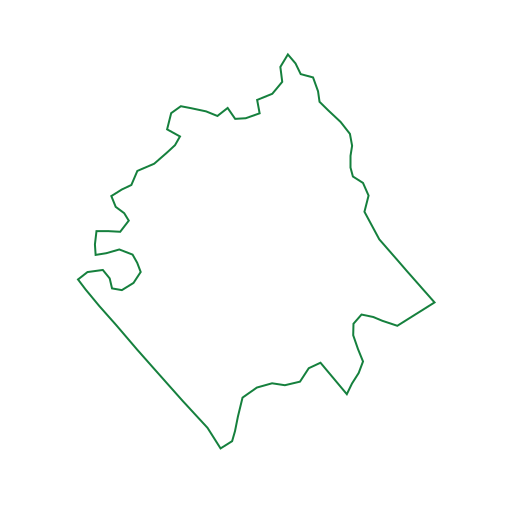 Irati, Santa Catarina, Brazil (Mercator projection), rotated 52°
{"feature_id": "56859067B4292176100261", "entity_name": "Irati", "entity_type": "district", "adm_level": 2, "iso_a3": "BRA", "parent_name": "Brazil", "parent_adm1": "Santa Catarina", "projection": "mercator", "projection_center": [-52.897, -26.627], "detail": "fine", "context": "isolated", "style": "outline", "palette": "green", "viewbox_px": 512, "rotation_deg": 52, "n_neighbors": 0, "source": "geoboundaries", "source_scale": "gbopen_adm2", "svg_char_len": 1266}
<svg xmlns="http://www.w3.org/2000/svg" viewBox="0 0 512 512"><g transform="rotate(52 256 256)"><path d="M402.5,143.9L360.5,146.4L348.2,147.0L318.8,148.6L287.9,143.3L277.7,130.1L264.3,126.7L253.0,130.7L244.5,127.1L235.2,119.8L228.3,112.4L217.6,106.8L202.5,106.8L185.8,109.4L173.6,111.0L164.4,105.7L150.4,101.1L140.2,108.8L128.6,106.3L116.8,106.8L122.0,120.4L134.9,128.1L138.2,143.3L133.7,159.0L145.8,165.3L141.1,179.3L135.1,188.0L121.9,187.2L121.9,200.2L111.3,206.3L99.5,216.2L91.7,223.0L91.2,234.9L101.5,248.1L115.0,242.3L118.8,251.6L119.7,262.6L120.6,279.4L115.9,297.1L123.3,310.5L121.0,320.7L119.7,333.1L130.9,336.3L141.1,333.5L149.8,334.5L153.3,348.1L145.8,356.7L138.2,366.4L147.7,375.8L156.4,381.7L161.6,372.3L166.7,359.7L178.9,352.4L188.2,353.8L197.6,356.7L201.8,369.1L200.3,382.7L192.9,389.4L183.6,385.1L172.7,385.3L164.9,398.7L164.9,410.7L177.4,410.9L198.9,410.3L224.5,408.7L256.6,407.3L284.2,405.6L325.1,403.0L361.6,400.0L385.8,402.4L387.2,388.8L381.1,380.4L371.4,369.1L359.3,353.8L360.2,336.3L366.2,321.7L375.6,312.8L382.1,298.7L376.9,283.5L379.8,270.9L420.8,269.5L415.6,258.9L411.4,247.1L405.0,236.6L392.0,232.9L378.3,228.2L369.4,220.9L367.1,208.9L376.2,201.2L384.9,196.3L398.0,187.6L402.5,143.9Z" fill="none" stroke="#15803d" stroke-width="2"/></g></svg>